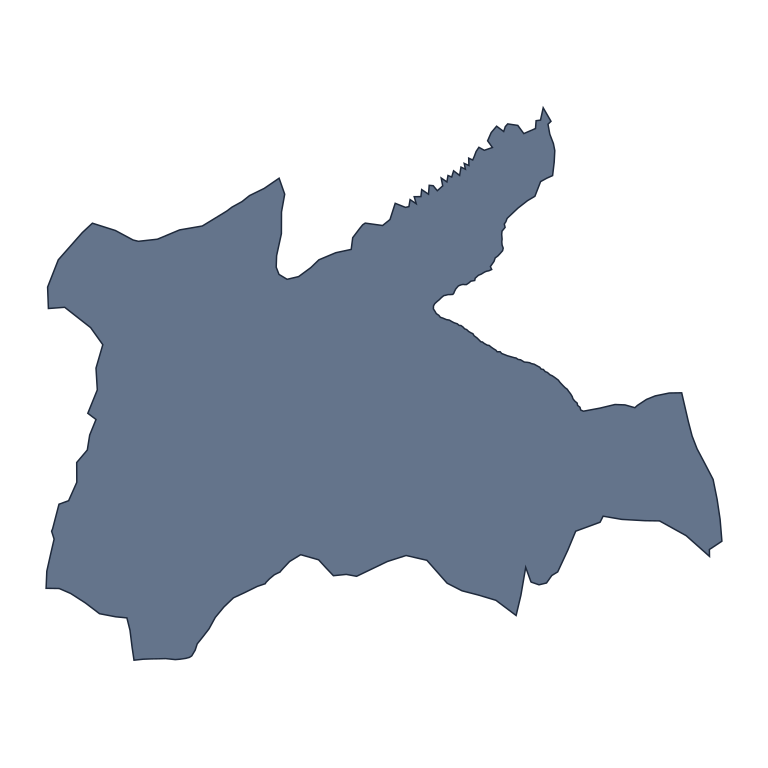 outline of Dabola, Dabola, Guinea
{"feature_id": "49546643B93693461345641", "entity_name": "Dabola", "entity_type": "district", "adm_level": 2, "iso_a3": "GIN", "parent_name": "Guinea", "parent_adm1": "Dabola", "projection": "natural_earth1", "projection_center": [-10.933, 10.773], "detail": "fine", "context": "isolated", "style": "filled", "palette": "slate", "viewbox_px": 768, "rotation_deg": 0, "n_neighbors": 0, "source": "geoboundaries", "source_scale": "gbopen_adm2", "svg_char_len": 3969}
<svg xmlns="http://www.w3.org/2000/svg" viewBox="0 0 768 768"><path d="M709.5,556.4L709.4,549.5L721.9,541.2L721.3,533.8L720.1,519.3L717.1,499.2L713.1,479.4L705.1,464.0L697.1,448.9L692.1,436.0L688.4,421.8L683.3,399.8L681.7,392.8L669.3,393.0L655.2,395.9L646.5,399.4L637.4,405.4L634.9,407.7L625.0,404.9L615.0,404.5L600.0,408.1L583.4,411.2L580.7,410.0L580.0,407.3L577.6,405.4L577.2,403.1L574.7,401.0L572.9,398.7L572.2,396.5L570.5,393.7L568.6,391.3L567.2,389.2L565.1,387.7L563.2,385.8L561.6,384.1L560.0,382.4L558.3,380.1L555.6,378.1L553.8,376.8L552.1,375.7L550.0,374.8L547.5,372.5L545.2,371.6L543.4,369.5L541.2,369.1L539.7,367.2L538.5,366.6L535.6,365.0L534.2,364.2L531.4,363.6L529.7,362.7L527.2,362.3L524.4,362.1L522.2,360.8L520.6,359.8L518.0,359.4L516.1,358.0L514.3,357.7L508.0,355.9L507.5,355.8L505.6,355.0L501.7,353.5L500.1,351.7L497.2,351.8L495.9,350.2L493.3,348.6L491.3,347.2L489.1,345.4L487.4,345.2L485.2,344.0L484.4,343.5L484.0,343.3L482.5,342.0L480.9,341.8L479.3,340.2L477.0,337.9L474.1,335.8L472.9,333.7L471.1,332.9L468.7,331.5L466.7,329.6L464.6,328.8L463.1,327.1L460.9,325.5L459.1,325.4L457.3,323.8L454.2,322.8L451.7,321.5L449.4,320.1L446.4,319.6L442.9,318.1L440.4,317.3L438.8,315.3L436.3,313.6L434.9,311.2L433.4,308.9L433.5,305.9L434.8,303.6L437.1,301.5L439.2,299.8L441.4,297.6L443.8,295.6L445.1,295.4L448.0,294.6L449.9,294.6L452.8,294.4L453.8,293.2L454.4,291.6L455.8,288.9L458.4,285.9L461.1,284.8L463.1,284.4L464.5,284.6L466.4,284.6L469.3,282.6L470.8,281.2L474.7,280.5L475.2,278.2L478.4,275.3L481.3,274.1L484.7,272.0L486.7,271.2L488.8,270.8L491.7,269.5L490.9,267.8L490.4,266.5L492.2,264.0L494.0,261.4L495.2,257.9L497.8,256.0L499.9,253.8L502.6,250.7L503.2,248.1L502.1,245.1L501.8,241.9L502.1,239.1L501.7,234.5L502.0,231.2L505.1,227.4L504.3,224.0L505.9,221.7L507.0,218.6L507.7,217.8L518.1,208.0L527.6,200.6L534.9,196.3L540.6,181.6L546.8,178.2L552.6,175.6L554.2,162.1L554.8,150.6L553.4,143.5L549.8,134.2L548.0,124.2L551.0,121.3L543.2,107.8L540.5,120.1L536.1,120.7L535.5,128.5L523.8,133.6L517.8,125.4L507.7,123.9L505.3,126.6L503.7,131.5L496.6,126.2L491.2,132.6L487.6,140.8L492.4,147.5L484.3,150.3L478.9,147.3L476.1,151.5L474.2,156.6L472.7,160.0L468.7,158.2L468.9,165.5L464.2,163.4L465.4,169.2L461.0,167.1L459.6,175.4L453.6,170.8L451.7,177.0L448.0,175.5L446.9,181.9L441.2,178.0L442.7,185.9L437.3,190.7L433.2,185.7L429.2,185.3L428.5,194.2L421.7,189.6L420.9,196.6L414.2,196.7L416.2,203.7L410.1,199.6L408.9,206.6L405.5,207.4L395.2,203.3L390.0,219.5L382.6,225.5L365.2,223.1L362.7,224.8L359.9,228.2L352.7,237.7L351.2,249.4L335.8,252.7L318.9,259.8L310.8,267.6L298.6,276.6L287.1,279.3L279.0,274.4L276.2,267.2L276.6,255.7L281.4,233.7L281.5,212.0L284.7,194.2L279.1,178.2L264.2,188.4L249.5,195.6L242.0,201.6L232.0,207.1L226.7,211.1L202.3,226.0L179.6,229.9L157.4,239.2L138.4,241.3L133.1,240.0L115.4,230.5L92.4,223.2L82.3,232.6L58.3,259.8L47.6,287.1L48.4,308.5L64.7,307.3L90.6,327.6L102.8,344.7L96.0,368.1L97.3,389.9L87.8,413.3L96.0,419.5L89.7,435.0L87.3,450.0L76.7,462.5L76.8,482.3L68.6,500.7L59.0,504.2L52.6,528.8L51.6,531.2L54.1,539.1L50.7,553.8L46.8,571.2L46.1,588.3L59.2,588.5L70.7,593.5L85.3,602.9L99.5,613.7L115.7,616.8L126.9,617.9L130.0,630.3L132.1,647.3L134.0,660.2L143.3,659.2L152.0,658.9L158.4,658.8L165.6,658.6L175.3,659.6L180.1,659.2L185.6,658.4L189.4,657.4L191.6,656.0L191.8,655.8L195.2,650.1L197.2,643.9L202.5,637.3L209.0,628.9L215.3,617.4L223.9,607.0L233.5,597.8L244.5,592.7L257.3,586.4L265.3,583.7L265.9,582.5L269.5,578.8L274.3,574.8L277.1,573.4L280.1,572.0L280.9,570.9L281.6,570.1L283.4,568.1L289.6,561.5L298.2,556.2L300.7,554.7L318.6,559.8L326.1,568.0L333.4,575.7L346.3,574.4L356.6,576.3L387.4,561.5L406.1,555.5L426.9,560.3L429.7,563.5L447.1,583.2L462.0,590.8L478.2,595.0L495.9,600.3L516.1,615.5L520.9,595.3L525.7,567.4L530.9,581.7L531.2,582.1L539.0,584.8L546.5,583.0L551.8,575.5L557.7,571.9L567.8,550.2L575.7,531.2L600.1,522.2L603.1,516.2L621.8,519.4L644.9,520.7L659.5,520.9L686.2,535.7L709.5,556.4Z" fill="#64748b" stroke="#1e293b" stroke-width="1.5"/></svg>